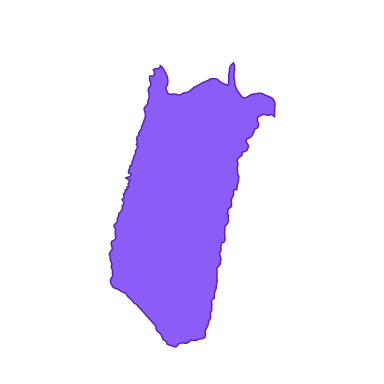 Ubaí, Minas Gerais, Brazil, rotated 138°
{"feature_id": "56859067B9810342339468", "entity_name": "Ubaí", "entity_type": "district", "adm_level": 2, "iso_a3": "BRA", "parent_name": "Brazil", "parent_adm1": "Minas Gerais", "projection": "albers", "projection_center": [-44.877, -16.365], "detail": "fine", "context": "isolated", "style": "filled", "palette": "violet", "viewbox_px": 384, "rotation_deg": 138, "n_neighbors": 0, "source": "geoboundaries", "source_scale": "gbopen_adm2", "svg_char_len": 4290}
<svg xmlns="http://www.w3.org/2000/svg" viewBox="0 0 384 384"><g transform="rotate(138 192 192)"><path d="M314.4,173.6L313.1,171.1L312.0,169.3L311.5,167.0L310.8,165.2L310.1,163.2L309.2,161.2L309.3,159.0L309.7,157.1L309.4,155.3L309.2,152.8L309.2,150.6L309.4,148.3L308.5,146.0L308.6,116.6L310.2,114.3L310.9,112.2L310.6,110.1L310.2,107.7L310.9,105.0L312.1,102.2L311.6,99.6L311.3,97.5L312.3,95.7L311.4,93.6L309.9,91.6L309.3,89.6L307.7,87.7L305.6,87.6L303.7,88.1L301.4,87.3L299.9,86.1L298.6,84.5L297.2,83.2L294.9,82.6L292.2,82.9L290.4,81.0L288.4,78.9L286.5,78.6L284.7,77.8L282.8,76.3L280.2,75.4L278.6,76.0L277.1,77.2L276.1,78.9L274.5,80.4L271.9,81.2L268.9,82.5L266.1,84.7L263.4,85.6L261.6,87.0L260.1,88.7L258.9,90.0L256.6,90.8L254.6,93.0L252.4,95.2L251.1,97.5L249.1,98.6L246.8,98.1L245.1,99.6L243.5,101.3L241.3,102.9L238.7,104.1L236.7,105.9L235.2,107.3L233.2,108.6L231.4,110.8L230.0,112.7L228.3,114.3L226.5,116.5L224.5,118.6L221.1,119.3L218.9,119.5L217.8,121.6L215.8,122.1L214.4,124.8L213.3,126.9L211.7,128.3L209.1,129.5L207.5,131.7L206.0,133.3L203.9,134.3L202.2,133.3L200.1,134.0L198.5,135.3L197.1,137.4L195.7,138.9L194.6,140.5L192.4,142.3L190.4,144.5L188.1,144.5L186.1,145.2L184.2,146.3L182.7,147.9L181.7,149.4L180.2,150.4L180.6,152.1L178.7,153.0L177.5,154.6L174.7,155.1L172.4,154.8L171.3,156.1L169.9,157.4L168.6,159.6L165.8,161.1L163.5,161.7L162.1,163.1L160.8,164.5L159.3,165.6L157.0,163.8L155.1,165.6L152.6,167.7L150.3,168.8L148.6,170.6L146.8,172.2L145.9,175.5L144.1,177.0L143.1,178.6L142.0,179.9L140.4,180.9L138.6,182.7L137.6,185.2L135.9,186.0L134.0,186.1L132.0,185.9L130.1,186.0L128.3,188.0L126.4,187.1L123.5,186.1L121.1,187.3L119.3,188.1L118.6,190.1L118.3,192.8L116.3,194.7L113.6,194.0L111.0,193.6L108.6,194.1L106.5,194.9L104.8,196.0L103.2,196.8L100.7,195.9L98.4,196.5L96.8,198.4L95.9,201.0L94.5,202.4L93.3,203.8L91.3,203.2L88.4,202.8L86.0,201.0L85.0,199.2L83.6,197.5L81.8,197.2L80.9,195.5L80.2,192.8L78.6,194.5L76.7,196.6L75.5,197.9L74.2,199.2L72.1,201.0L70.7,202.9L69.9,205.1L69.6,207.1L70.2,209.6L71.3,212.1L72.6,214.5L73.4,216.7L74.2,218.4L75.3,219.9L76.8,221.0L78.3,222.0L80.4,223.3L82.4,224.6L84.4,225.2L86.6,225.5L88.8,226.0L90.6,227.3L91.3,229.6L91.0,232.3L90.7,235.0L90.5,237.0L89.9,239.0L89.1,241.5L87.7,243.8L85.9,246.3L84.6,248.4L83.1,250.2L80.5,252.9L78.4,254.5L77.0,256.3L75.4,258.3L74.7,260.2L78.3,260.2L80.2,259.5L81.8,258.4L83.2,256.9L84.9,255.6L86.4,254.3L87.7,253.1L89.0,251.5L90.8,249.8L92.1,248.2L94.2,247.5L95.7,250.4L96.8,253.0L97.4,256.1L97.7,258.8L99.0,260.7L100.8,262.4L102.7,263.8L104.9,264.0L106.9,264.7L109.0,265.4L111.2,266.3L114.0,266.7L116.7,267.4L118.9,268.1L120.6,268.5L122.4,268.5L124.8,268.5L126.6,268.6L129.2,269.4L130.8,270.6L132.4,271.4L134.9,271.7L137.4,273.3L138.2,275.1L139.9,277.0L142.0,278.4L143.4,279.8L143.9,281.6L143.2,283.2L142.8,285.2L141.7,286.9L140.0,287.5L138.2,288.4L136.5,289.7L135.2,291.1L133.7,293.4L132.5,296.1L132.0,298.0L131.6,299.9L130.9,302.2L130.7,304.8L131.0,307.1L132.5,305.9L134.5,306.4L137.0,308.3L139.1,308.6L139.7,306.2L141.3,304.6L143.9,304.1L145.4,306.4L147.1,305.4L149.0,303.1L149.4,300.7L150.8,299.6L152.2,298.4L154.5,298.3L156.5,297.0L157.4,294.9L159.5,292.2L161.2,290.3L163.1,289.7L164.4,288.4L166.4,287.0L169.1,286.8L171.1,286.4L172.5,285.3L173.4,282.9L174.8,280.9L176.3,279.0L178.6,277.9L181.5,276.2L183.6,275.0L185.4,274.5L187.0,272.9L189.8,272.3L192.2,271.4L193.3,269.7L195.8,269.8L197.7,268.6L198.5,267.0L199.7,265.3L201.7,264.4L202.2,261.7L204.2,261.0L206.3,260.5L208.2,258.4L211.5,257.3L214.4,255.3L216.9,254.0L218.7,252.4L220.8,252.9L222.5,251.3L224.4,250.5L226.5,248.7L225.0,245.9L227.7,244.9L229.4,245.9L231.7,246.8L231.2,244.4L230.1,242.1L232.0,241.8L234.3,240.6L235.6,238.1L237.0,239.2L238.3,237.2L239.9,238.2L242.1,236.6L244.5,236.1L246.0,233.2L249.0,233.3L249.5,230.4L251.2,228.4L253.1,228.4L255.0,226.1L257.6,225.1L260.8,225.0L263.0,223.0L265.2,222.4L266.5,220.4L269.0,219.7L271.3,219.7L273.1,218.7L273.4,215.8L276.2,213.3L278.4,210.4L279.7,208.4L281.9,208.2L284.3,209.1L286.4,208.0L287.4,206.4L288.4,204.4L289.4,202.8L291.7,202.4L294.9,201.4L296.2,198.7L297.6,196.9L298.6,195.4L299.0,193.5L300.0,191.8L302.0,190.5L302.9,188.8L303.5,186.7L305.7,184.7L307.2,182.5L309.2,182.2L311.1,181.4L312.6,180.1L313.3,178.5L313.9,176.6L314.4,173.6Z" fill="#8b5cf6" stroke="#5b21b6" stroke-width="1.5"/></g></svg>